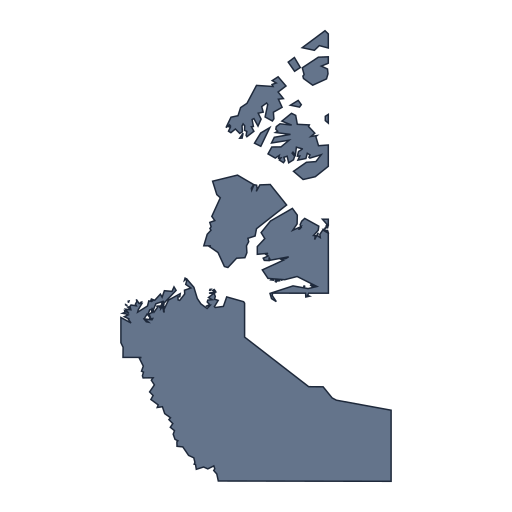 Northwest Territories, Mercator projection
{"feature_id": "CAN-635", "entity_name": "Northwest Territories", "entity_type": "Territory", "adm_level": 1, "iso_a3": "CAN", "parent_name": "Canada", "parent_adm1": "", "projection": "mercator", "projection_center": [-123.126, 69.383], "detail": "fine", "context": "isolated", "style": "filled", "palette": "slate", "viewbox_px": 512, "rotation_deg": 0, "n_neighbors": 0, "source": "natural_earth", "source_scale": "10m", "svg_char_len": 6116}
<svg xmlns="http://www.w3.org/2000/svg" viewBox="0 0 512 512"><path d="M120.9,317.5L131.0,323.0L128.2,319.0L129.5,319.1L124.3,316.7L128.1,314.9L125.0,313.5L124.6,310.7L128.9,313.4L125.5,309.2L130.9,309.8L130.0,306.4L131.0,305.0L136.3,305.8L135.4,304.2L136.9,301.4L136.3,299.4L139.1,303.5L142.0,303.4L138.3,309.6L137.6,312.2L147.5,306.0L148.8,300.9L151.6,301.5L153.1,300.4L150.8,300.6L151.4,299.0L154.7,300.3L160.4,294.1L162.1,297.2L164.4,290.7L172.0,291.4L174.0,286.9L176.1,290.4L164.1,303.0L163.2,301.3L155.9,303.7L153.2,310.1L152.3,308.9L151.8,312.1L151.5,309.2L149.7,309.9L148.6,312.7L148.7,316.0L147.1,314.0L144.0,319.0L146.3,321.8L148.5,322.2L144.9,319.0L152.0,319.8L152.7,318.5L149.6,318.8L150.4,317.2L148.9,314.3L152.0,312.3L152.5,310.3L152.1,313.1L153.2,310.4L154.0,312.2L158.0,306.7L156.4,306.1L160.2,306.0L159.6,308.2L161.6,304.4L160.9,308.6L162.3,306.9L161.7,302.6L162.5,307.4L162.6,301.8L162.7,308.4L164.0,303.6L163.2,308.1L164.4,307.1L163.4,311.0L164.2,312.5L164.0,309.5L168.5,300.1L180.2,293.7L179.8,296.7L177.9,297.0L178.1,299.9L179.7,300.4L184.7,294.0L184.5,290.2L190.9,288.0L185.7,284.4L187.1,279.4L193.9,287.3L197.3,298.5L200.9,303.9L207.1,308.5L210.0,305.5L205.8,306.3L209.8,304.7L207.2,302.0L207.8,300.1L212.1,299.7L208.5,297.5L213.6,293.5L209.0,293.1L215.2,292.0L212.6,290.4L214.2,289.5L215.7,291.5L214.3,293.9L215.3,296.4L214.5,299.2L218.2,300.4L214.4,306.6L215.2,307.5L223.4,306.4L226.7,296.9L243.6,301.7L244.6,303.2L244.6,337.1L308.7,386.7L323.1,386.8L332.1,397.9L336.4,400.2L391.1,410.2L391.1,481.3L218.3,481.0L216.8,474.0L213.7,470.5L214.8,468.8L213.8,465.9L207.8,468.9L203.6,467.0L196.3,469.3L195.5,464.4L194.2,464.2L194.9,462.3L193.8,457.8L188.6,455.4L182.8,446.9L177.0,446.3L176.9,441.8L177.9,440.8L175.0,439.3L173.2,434.2L174.5,430.7L170.3,427.3L172.8,423.6L168.9,419.6L170.5,417.8L164.7,413.6L162.4,406.7L157.2,407.5L158.2,404.9L150.9,399.5L153.1,395.5L149.6,391.9L154.4,384.9L151.3,380.2L153.1,377.8L143.1,377.9L142.4,375.8L143.5,372.1L141.5,371.2L143.3,366.1L139.3,358.2L141.4,357.4L123.0,357.4L123.1,347.3L120.9,342.7L120.9,317.5ZM276.3,301.6L271.5,298.6L270.0,293.4L293.0,285.9L308.1,288.6L317.0,286.5L297.1,276.5L284.7,279.7L268.0,278.4L262.3,269.9L283.4,260.2L279.8,258.8L285.8,258.6L288.7,256.8L270.4,260.2L269.0,257.4L269.1,260.6L264.3,260.4L263.2,258.2L268.2,256.0L265.8,254.4L268.0,253.3L257.3,254.3L257.3,246.6L264.8,238.6L261.1,232.6L270.5,221.0L292.4,208.4L297.3,215.1L297.1,223.9L292.7,230.3L300.8,226.7L299.1,229.1L299.6,229.1L301.4,227.2L300.1,224.8L301.7,221.2L304.7,218.4L318.8,226.2L318.2,230.3L313.5,235.5L315.3,235.7L314.6,239.6L318.2,232.8L317.6,235.9L320.3,237.6L319.8,234.4L322.8,230.0L328.3,233.2L328.4,293.2L308.7,293.2L307.5,295.4L309.5,296.2L305.8,297.0L305.6,293.2L272.5,293.1L272.3,295.7L276.3,301.6ZM286.6,205.0L256.5,228.7L255.1,236.0L247.9,238.3L248.7,241.7L246.5,245.8L246.9,252.7L244.9,257.7L236.6,258.2L227.9,267.5L224.4,266.5L218.0,252.5L208.7,246.1L211.0,245.8L203.8,245.8L207.2,234.3L211.0,230.2L209.9,228.5L211.1,226.7L209.8,222.4L214.8,220.6L211.8,216.4L220.3,197.8L216.8,194.6L212.6,181.2L237.5,175.1L253.7,184.6L251.3,188.2L251.7,190.2L254.0,184.7L256.6,185.2L257.2,188.6L256.3,191.4L259.9,184.9L270.2,184.5L286.6,205.0ZM328.3,166.3L315.3,176.7L303.1,179.5L293.5,171.3L306.4,162.3L315.9,161.6L321.2,154.7L309.9,158.1L308.9,157.3L310.0,154.9L307.3,153.3L305.9,158.5L297.9,160.1L299.8,156.0L297.4,156.2L298.4,151.9L298.7,151.4L300.1,150.6L302.3,149.0L302.3,148.8L296.4,147.2L295.4,155.0L293.0,152.1L292.1,153.2L294.6,156.3L293.5,159.8L288.7,162.8L287.1,156.2L283.9,157.3L284.9,160.6L283.5,162.7L279.3,160.0L280.9,157.9L278.6,158.3L279.3,155.4L275.3,158.1L268.0,153.9L271.8,147.0L281.0,146.9L289.1,140.2L271.5,143.0L274.3,137.3L290.5,134.4L275.5,132.5L277.7,131.2L275.8,129.2L276.3,126.6L280.0,123.8L291.7,125.1L281.9,121.1L291.5,113.3L295.7,115.4L297.3,124.3L309.3,124.9L308.5,126.5L314.8,133.2L310.9,136.5L316.9,135.6L315.8,136.5L318.5,145.7L328.3,145.0L328.3,166.3ZM258.0,126.1L253.9,118.6L252.1,119.5L253.4,126.5L251.4,126.7L253.9,131.3L246.9,136.7L246.1,135.4L246.8,131.4L244.5,130.3L244.7,125.8L243.1,123.9L242.0,126.0L242.4,131.8L239.7,133.4L235.4,129.0L230.9,132.7L228.5,131.2L230.4,127.2L228.7,126.7L230.3,125.8L229.5,124.8L226.0,127.6L231.0,117.2L238.0,115.7L240.6,107.6L247.0,103.3L256.5,85.4L273.1,86.5L272.0,84.5L276.2,83.0L272.2,80.6L278.1,76.8L286.0,86.0L278.1,92.0L283.4,98.6L278.4,99.2L282.1,107.3L273.4,112.2L273.9,118.8L272.4,121.0L265.1,117.0L267.7,104.5L266.6,103.0L261.7,106.6L263.2,112.1L258.2,113.2L261.1,119.1L258.0,126.1ZM328.3,63.2L321.3,66.1L327.5,69.0L328.0,73.8L326.5,78.9L312.7,85.2L303.5,78.5L302.9,76.1L304.1,74.6L302.3,67.8L318.3,57.2L328.3,56.8L328.3,63.2ZM328.3,48.0L319.3,45.6L314.4,50.3L302.2,47.7L325.0,30.7L328.3,33.9L328.3,48.0ZM269.8,127.6L260.8,146.3L254.5,143.2L260.7,133.0L269.8,127.6ZM294.4,57.5L300.3,67.5L294.6,71.3L288.2,62.1L294.4,57.5ZM290.4,105.2L298.2,100.4L301.3,104.7L299.5,107.1L290.4,105.2ZM328.3,225.3L326.3,225.7L327.0,224.4L322.4,219.2L328.3,219.2L328.3,225.3ZM328.3,123.1L325.3,120.6L325.3,116.3L328.3,114.4L328.3,123.1ZM239.7,138.2L243.1,133.2L242.1,138.1L239.7,138.2ZM328.0,226.3L327.6,227.8L326.0,227.5L328.0,226.3ZM310.1,284.9L315.2,286.0L311.8,286.2L310.1,284.9ZM185.1,278.1L186.5,278.9L184.4,280.5L185.1,278.1ZM271.6,279.4L274.4,280.3L271.0,279.9L271.6,279.4ZM122.6,313.3L123.8,312.8L124.3,313.6L122.6,313.3ZM127.8,307.1L129.4,306.8L130.1,307.9L129.8,308.8L127.8,307.1ZM128.4,302.7L128.2,301.2L129.0,301.0L128.4,302.7ZM277.8,280.5L280.3,280.7L277.4,281.0L277.8,280.5ZM327.6,230.5L328.0,231.8L326.3,230.5L327.6,230.5ZM125.6,304.6L127.5,305.7L125.6,304.9L125.6,304.6ZM141.4,302.4L139.9,302.7L141.5,302.1L141.4,302.4ZM303.2,286.3L304.4,286.0L305.2,286.5L303.2,286.3ZM275.2,280.3L276.5,279.9L277.3,280.3L275.2,280.3ZM282.0,279.8L282.7,279.8L280.8,280.3L282.0,279.8ZM275.1,281.3L276.8,282.3L274.8,281.3L275.1,281.3ZM211.0,289.3L210.1,290.4L209.7,290.3L210.0,289.4L211.0,289.3ZM324.2,229.4L324.6,230.1L323.7,229.4L324.2,229.4ZM325.5,228.1L326.2,228.2L325.1,228.3L325.5,228.1ZM324.7,228.8L325.6,229.2L324.5,228.9L324.7,228.8Z" fill="#64748b" stroke="#1e293b" stroke-width="1.5"/></svg>